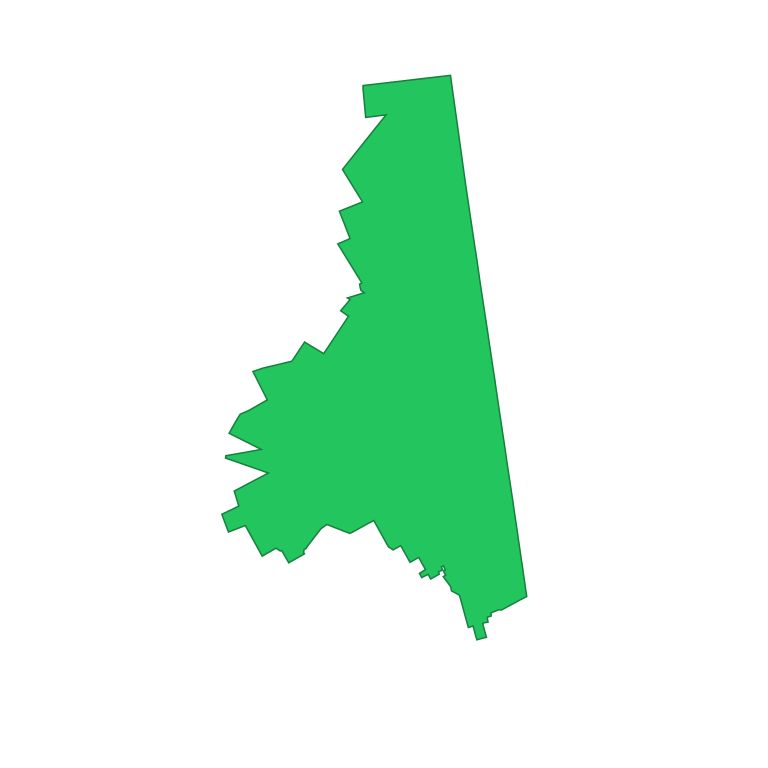 the district of General Plutarco Elías Calles, Sonora, Mexico, rotated 61°
{"feature_id": "50627088B39054298169208", "entity_name": "General Plutarco Elías Calles", "entity_type": "district", "adm_level": 2, "iso_a3": "MEX", "parent_name": "Mexico", "parent_adm1": "Sonora", "projection": "natural_earth1", "projection_center": [-112.744, 31.696], "detail": "fine", "context": "isolated", "style": "filled", "palette": "green", "viewbox_px": 768, "rotation_deg": 61, "n_neighbors": 0, "source": "geoboundaries", "source_scale": "gbopen_adm2", "svg_char_len": 3806}
<svg xmlns="http://www.w3.org/2000/svg" viewBox="0 0 768 768"><g transform="rotate(61 384 384)"><path d="M597.6,425.3L605.3,420.4L609.9,421.5L610.0,421.5L614.6,422.6L619.3,423.8L623.8,424.9L637.9,428.3L638.4,425.9L638.9,423.4L643.6,424.6L648.2,425.8L652.8,426.8L653.9,422.0L655.2,417.2L648.9,415.7L645.7,414.9L642.9,414.2L641.1,413.7L641.7,411.3L642.8,408.5L638.1,406.8L638.9,402.8L636.1,401.3L637.1,392.9L638.6,391.0L638.7,387.5L638.8,371.8L639.0,364.8L639.1,362.2L617.2,353.9L615.7,353.3L606.1,349.7L605.8,349.6L581.7,340.5L581.3,340.3L552.5,329.5L552.1,329.3L545.7,326.9L529.4,320.8L529.0,320.7L510.8,313.9L493.7,307.4L485.8,304.5L481.2,302.8L481.1,302.7L480.1,302.3L476.4,301.0L471.7,299.2L471.4,299.1L439.1,287.0L438.7,286.8L436.4,286.0L436.2,285.8L429.1,283.2L428.1,282.8L426.0,282.1L425.9,282.0L425.6,281.9L425.3,281.8L424.9,281.6L424.7,281.6L424.1,281.4L423.7,281.2L423.3,281.1L423.0,280.9L422.7,280.8L422.3,280.7L421.9,280.5L421.1,280.2L420.6,280.1L420.3,280.0L420.1,279.9L419.9,279.8L414.5,277.8L414.1,277.6L404.7,274.1L404.4,274.0L393.7,270.0L393.3,269.8L339.1,249.7L338.8,249.6L336.3,248.6L335.3,248.2L314.0,240.1L309.9,238.7L248.6,215.7L192.7,194.1L160.2,181.6L146.5,176.3L146.3,176.2L138.8,194.4L138.7,194.6L112.8,257.6L114.9,258.9L142.0,270.8L149.6,251.7L156.0,267.4L176.2,316.3L214.3,314.5L213.1,324.4L211.2,339.2L218.3,340.2L219.4,340.3L240.3,343.2L240.1,345.5L239.9,347.7L239.7,350.0L239.5,352.3L239.2,354.5L239.0,356.5L284.8,354.4L284.8,356.9L288.4,358.2L291.1,358.8L294.6,357.1L294.0,360.0L291.0,374.3L293.1,373.1L293.7,372.7L293.9,373.2L298.9,386.4L307.5,382.3L313.2,393.1L328.2,422.0L322.1,425.5L315.6,429.3L308.8,433.1L310.4,436.2L311.0,437.3L313.2,441.6L314.5,444.1L319.4,453.5L311.5,481.9L311.3,482.7L310.9,485.0L309.5,492.6L313.3,492.7L322.4,493.1L338.8,493.7L341.3,493.7L341.6,514.9L340.7,524.4L343.3,529.2L345.4,532.7L352.0,543.4L381.7,523.1L375.4,541.6L370.0,557.1L372.0,558.5L405.8,528.3L405.0,566.9L420.4,570.2L419.3,589.0L438.1,591.8L440.5,573.9L475.5,574.0L475.5,572.9L475.5,571.8L475.4,570.9L475.4,570.3L475.4,569.1L475.4,568.5L475.4,567.6L475.4,566.9L475.4,566.2L475.4,564.4L475.3,563.3L475.3,562.2L475.3,561.1L475.3,560.4L475.3,559.4L475.3,558.1L479.8,555.7L480.0,554.2L494.2,554.0L494.2,553.7L494.4,553.4L494.2,553.0L494.0,535.9L493.3,536.1L492.9,536.3L492.7,536.1L492.4,535.7L492.0,535.6L491.6,535.4L491.4,535.2L491.0,535.0L490.6,534.6L490.4,534.4L490.0,534.1L490.1,532.3L490.2,531.9L490.0,531.7L489.4,530.7L489.2,530.6L480.1,509.4L480.0,508.9L479.2,502.1L479.9,501.5L480.5,500.9L481.1,500.5L481.6,500.1L482.0,499.7L482.5,499.3L482.9,499.0L483.8,498.3L484.4,497.7L485.6,496.8L486.3,496.2L487.8,494.9L488.8,494.1L489.0,494.0L489.1,493.9L490.0,493.1L491.2,492.1L492.4,491.1L493.4,490.4L493.5,490.4L493.7,490.1L494.2,489.6L494.4,489.4L494.5,489.4L495.0,488.9L496.8,487.4L497.8,486.6L498.0,486.5L498.3,484.0L498.3,483.7L498.3,479.8L498.3,476.4L498.3,473.0L498.3,470.6L498.3,468.2L498.3,467.2L498.3,465.7L498.4,462.2L498.4,459.8L498.4,459.1L501.8,459.1L504.7,459.1L508.0,459.1L510.3,459.1L511.6,459.1L513.0,459.1L514.8,459.1L516.8,459.1L519.5,459.1L522.4,459.1L525.8,459.1L528.5,459.1L533.6,456.4L533.5,456.1L533.5,452.7L533.5,451.0L533.5,448.6L533.5,447.8L534.9,447.7L536.0,447.7L537.6,447.7L540.5,447.7L543.5,447.7L546.2,447.7L550.0,447.7L551.7,447.7L552.6,447.7L552.6,447.1L552.6,446.5L552.6,445.8L552.6,444.8L552.6,443.4L552.6,442.4L552.6,440.9L552.5,439.6L552.6,437.7L553.3,437.7L554.2,437.7L554.8,437.8L555.2,437.7L555.5,437.7L557.0,437.7L559.8,437.8L562.9,437.7L566.4,437.7L566.8,444.8L571.6,444.9L571.9,437.7L572.9,437.7L574.6,437.7L577.2,437.7L577.1,427.7L574.9,427.6L574.9,422.7L571.7,422.5L571.7,420.3L576.2,420.4L576.5,422.8L581.2,422.8L581.2,425.6L586.4,424.9L593.1,424.0L593.3,423.9L597.6,425.3Z" fill="#22c55e" stroke="#15803d" stroke-width="1.5"/></g></svg>